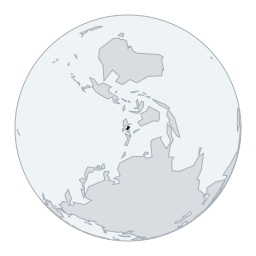 Negros Oriental on an orthographic globe, rotated 197°
{"feature_id": "PHL-2516", "entity_name": "Negros Oriental", "entity_type": "Province", "adm_level": 1, "iso_a3": "PHL", "parent_name": "Philippines", "parent_adm1": "", "projection": "orthographic", "projection_center": [123.114, 9.74], "detail": "fine", "context": "on_globe", "style": "filled", "palette": "ink", "viewbox_px": 256, "rotation_deg": 197, "n_neighbors": 0, "source": "natural_earth", "source_scale": "10m", "svg_char_len": 8562}
<svg xmlns="http://www.w3.org/2000/svg" viewBox="0 0 256 256"><g transform="rotate(197 128 128)"><circle cx="128" cy="128" r="113" fill="#eef3f6" stroke="#a8b0b8"/><path d="M218.7,168.7L218.5,169.5L218.4,169.6L218.7,168.7ZM188.6,33.0L186.0,31.5L182.8,31.0L185.5,33.5L182.0,31.2L189.7,38.1L190.4,41.1L187.3,36.2L185.2,34.7L184.5,35.7L182.3,34.4L180.6,34.3L177.9,32.8L176.3,30.4L174.6,29.5L174.2,30.4L171.3,29.7L172.1,28.5L167.1,27.2L163.5,23.8L167.9,23.2L163.6,21.3L163.1,21.0L171.9,24.3L180.4,28.3L188.6,33.0ZM233.3,94.8L232.4,92.3L233.2,93.4L233.3,94.8ZM231.6,91.2L232.0,91.9L231.7,91.4L231.6,91.2ZM231.3,91.0L231.5,91.1L231.4,91.3L231.3,91.0ZM230.9,91.1L231.1,90.9L231.1,91.1L230.9,91.1ZM230.0,90.5L229.7,90.2L229.8,89.8L230.0,90.5ZM188.0,35.8L188.1,35.2L188.8,36.3L188.0,35.8ZM180.8,34.6L181.5,35.3L180.4,35.0L180.8,34.6ZM175.2,32.4L173.2,31.9L175.0,32.0L175.2,32.4ZM171.8,31.4L166.8,30.6L167.9,31.8L161.9,28.1L168.1,29.8L170.2,29.6L170.2,30.5L171.8,31.4ZM159.5,19.8L155.5,18.8L154.9,18.6L159.5,19.8ZM159.3,26.4L157.9,26.0L159.1,26.0L159.3,26.4ZM161.7,20.6L160.7,20.4L157.1,19.4L156.3,19.2L155.4,18.7L161.7,20.6ZM152.9,18.2L151.6,17.9L153.1,18.3L150.5,17.7L150.3,17.6L149.3,17.4L148.5,17.3L149.3,17.4L152.9,18.2ZM147.1,17.0L146.5,16.9L147.1,17.0ZM148.7,17.5L152.8,18.3L152.7,18.4L148.7,17.5ZM143.0,16.4L142.7,16.3L143.0,16.4ZM146.7,17.0L148.2,17.3L146.7,17.0ZM142.5,16.3L142.1,16.3L143.4,16.4L142.5,16.3ZM144.3,16.6L143.7,16.6L144.0,16.5L144.9,16.7L144.3,16.6ZM146.3,17.0L146.7,17.1L145.7,16.9L146.3,17.0ZM140.8,16.1L140.3,16.1L137.9,15.9L138.1,15.8L140.4,16.0L140.8,16.1ZM32.4,68.4L31.6,69.8L31.4,71.1L37.8,62.5L38.1,60.3L41.7,55.7L44.3,53.8L44.6,56.5L46.0,54.8L48.8,50.0L52.0,47.8L50.2,48.2L48.6,50.1L47.5,50.6L48.8,48.9L49.9,48.1L50.6,46.8L45.4,51.6L43.3,54.0L43.4,53.7L49.8,46.9L56.9,40.7L64.4,35.0L65.1,34.6L68.6,32.4L67.4,33.2L71.1,31.0L71.9,31.2L74.1,29.3L78.2,27.2L81.0,26.2L82.8,25.3L78.2,27.0L76.1,28.1L73.6,29.4L70.6,31.1L77.9,27.1L85.4,23.7L90.3,22.2L91.8,22.4L85.2,26.5L82.4,27.3L83.3,26.1L78.5,28.9L80.8,27.8L79.9,28.7L83.6,27.4L83.1,28.0L87.5,25.9L87.4,26.5L84.6,27.8L90.0,26.9L90.8,28.0L92.3,27.6L93.6,26.8L93.7,29.1L94.8,28.7L95.2,27.8L97.5,26.4L101.7,25.1L101.5,26.0L100.0,26.6L96.5,29.3L92.4,31.1L92.8,31.3L96.3,30.1L100.5,26.6L103.1,25.7L101.5,27.2L102.3,26.5L103.5,26.3L104.6,27.0L106.5,25.4L120.3,23.4L123.7,25.0L120.7,26.2L130.1,26.9L133.3,29.4L133.6,28.4L138.3,28.5L137.4,27.7L137.9,27.3L149.6,28.2L152.3,29.3L157.7,29.3L157.8,28.9L156.2,28.0L161.9,28.1L167.9,31.8L167.2,32.5L171.5,34.6L169.3,36.0L169.5,38.5L164.7,39.3L165.2,41.4L166.8,42.1L168.8,45.7L167.3,51.7L161.4,43.9L162.3,36.1L161.3,38.8L159.5,37.5L157.8,38.1L157.3,40.3L158.6,41.0L146.9,42.1L141.5,48.1L147.0,48.6L149.6,51.3L148.3,60.4L134.7,71.6L138.0,76.7L137.6,79.7L133.5,81.0L133.9,76.6L130.5,74.5L131.3,72.0L124.8,73.1L125.8,69.6L120.3,72.5L121.4,75.6L126.8,75.6L121.6,80.1L126.0,85.9L125.5,92.3L114.9,102.4L105.6,104.8L104.8,106.8L101.6,104.1L96.6,107.6L101.9,120.2L101.5,123.7L93.7,129.3L93.6,126.7L85.2,119.3L83.0,127.4L89.4,135.1L91.6,143.5L86.4,140.3L84.2,132.9L81.2,130.1L82.5,123.0L80.8,112.1L75.6,113.4L76.5,109.2L73.4,100.0L66.2,101.6L54.4,111.0L52.1,121.7L48.3,125.8L45.6,109.3L47.1,98.9L44.3,99.2L42.9,89.8L35.5,86.8L36.0,84.1L34.3,84.8L33.5,81.4L34.9,77.1L33.7,76.8L30.5,88.4L32.0,88.8L35.3,85.4L34.0,89.4L34.9,93.8L28.4,102.0L19.9,107.1L21.6,99.0L28.6,76.2L29.9,74.1L30.0,73.9L30.3,73.4L28.2,76.7L30.3,72.5L23.8,87.6L21.6,93.9L19.7,107.5L19.3,108.5L19.4,111.6L23.2,110.6L22.7,113.3L19.3,124.6L16.4,139.1L18.3,151.1L20.6,161.0L21.5,164.6L19.1,156.6L17.2,148.5L16.0,140.2L15.4,131.9L15.4,123.6L16.1,115.3L17.3,107.0L19.2,98.9L21.6,91.0L24.7,83.2L28.2,75.7L32.4,68.4ZM42.2,64.5L44.1,66.3L47.9,60.2L48.9,60.5L49.8,58.5L48.1,59.8L51.0,54.5L53.5,53.7L55.6,51.4L55.0,50.8L50.0,53.2L45.9,60.6L43.5,62.4L42.2,64.5ZM131.7,15.4L128.9,15.4L124.5,15.5L125.5,15.5L123.4,15.7L119.6,15.9L121.5,15.7L116.0,16.2L116.5,16.0L115.8,16.1L114.7,16.2L113.3,16.3L122.5,15.5L131.7,15.4ZM138.9,15.9L137.8,15.8L137.5,15.8L135.9,15.7L137.0,15.9L131.6,15.6L129.3,15.5L134.5,15.5L138.9,15.9ZM103.3,18.7L104.8,18.3L105.3,18.2L109.3,17.5L106.9,18.3L103.3,18.7ZM36.5,63.7L35.3,65.0L35.9,63.9L36.2,63.7L36.5,63.7ZM103.9,18.9L105.6,18.5L104.6,18.9L103.9,18.9ZM109.5,17.9L108.6,18.3L109.8,17.7L109.5,17.9ZM67.6,218.7L70.0,220.1L68.9,219.9L67.6,218.7ZM24.3,162.6L28.9,179.0L27.8,178.2L25.2,172.8L22.0,162.6L22.5,160.6L22.1,156.3L24.3,162.6ZM120.0,165.2L123.5,166.0L123.4,166.5L120.0,165.2ZM116.3,163.1L120.3,163.6L115.7,164.1L116.3,163.1ZM121.8,163.8L125.8,163.2L127.6,162.5L127.3,163.5L121.8,163.8ZM113.6,162.9L99.4,161.3L93.9,159.3L95.1,157.5L104.1,159.0L113.6,162.9ZM94.7,157.4L86.4,151.1L75.7,134.2L79.5,135.0L90.8,145.8L90.1,147.3L95.1,152.1L94.7,157.4ZM115.1,149.8L114.4,154.6L106.5,153.4L102.9,152.2L100.4,145.7L101.8,142.6L104.7,143.0L116.3,133.4L120.3,136.5L116.6,140.7L119.9,145.3L115.1,149.8ZM52.4,122.8L53.9,129.7L51.9,130.4L52.4,122.8ZM121.4,126.4L116.5,130.6L121.1,124.8L121.4,126.4ZM124.3,120.7L124.4,123.1L122.7,120.7L124.3,120.7ZM104.4,110.1L101.3,110.3L101.4,108.6L105.4,107.4L104.4,110.1ZM125.1,97.8L124.5,102.6L123.7,104.1L122.6,101.1L125.1,97.8ZM106.1,22.8L100.5,23.3L96.4,24.4L94.1,25.8L95.0,24.3L101.2,22.6L106.1,22.8ZM118.5,23.1L120.5,22.2L121.3,22.7L120.9,23.0L118.5,23.1ZM118.6,22.5L118.0,21.3L120.2,20.9L120.2,21.9L118.6,22.5ZM110.7,19.4L109.1,19.5L110.0,19.1L110.7,19.4ZM192.2,210.2L193.4,210.9L190.2,213.8L185.8,216.7L181.7,217.7L192.2,210.2ZM159.8,217.2L159.5,213.8L164.2,213.7L162.4,216.6L159.8,217.2ZM195.3,207.9L198.1,204.8L199.0,200.9L198.9,204.4L201.4,204.4L194.4,210.6L195.3,207.9ZM141.7,202.1L119.8,207.3L114.9,206.0L115.9,203.2L110.8,193.7L112.4,194.1L111.0,187.8L123.8,183.3L132.9,173.7L140.3,175.0L145.8,167.9L153.5,169.0L151.3,174.7L159.6,179.1L164.8,166.2L170.1,180.6L176.3,185.9L178.4,194.8L168.4,209.0L162.5,211.5L161.2,210.1L158.7,211.5L154.7,210.7L152.2,205.9L149.8,207.2L152.0,203.8L148.6,206.7L146.4,203.6L141.7,202.1ZM197.3,179.7L198.5,180.1L200.5,182.6L198.5,182.1L197.3,179.7ZM215.6,171.7L216.1,172.9L214.9,173.2L215.6,171.7ZM218.4,169.6L216.9,170.1L218.7,168.7L218.4,169.6ZM203.4,171.6L204.0,172.5L203.5,172.8L203.4,171.6ZM202.9,171.3L203.6,169.9L203.5,171.3L202.9,171.3ZM197.0,163.5L197.7,162.8L198.1,163.3L197.0,163.5ZM128.7,166.5L133.5,163.1L136.2,163.0L128.7,166.5ZM195.9,161.9L194.1,161.7L194.3,160.9L195.9,161.9ZM196.0,160.1L195.8,159.0L197.0,161.6L196.0,160.1ZM192.5,157.6L194.7,159.6L192.2,157.8L192.5,157.6ZM191.2,157.8L189.5,156.9L189.6,156.6L191.2,157.8ZM173.2,158.3L179.3,165.0L174.5,164.6L169.2,160.3L165.1,163.7L155.9,162.5L158.0,160.4L156.7,156.8L147.3,154.7L145.4,152.3L148.7,151.0L142.5,148.7L149.2,148.2L152.0,153.1L155.9,149.8L162.6,151.2L169.1,153.2L174.5,157.0L173.2,158.3ZM149.4,158.5L150.5,158.6L149.5,159.9L149.4,158.5ZM186.5,154.1L188.8,156.5L188.5,157.1L187.4,156.7L186.5,154.1ZM175.7,156.3L181.5,152.8L182.8,152.9L179.0,157.1L175.7,156.3ZM180.0,150.2L182.7,150.9L184.2,153.2L183.6,153.7L180.0,150.2ZM135.6,153.0L135.4,154.3L133.6,153.2L135.6,153.0ZM137.8,152.5L143.1,154.3L137.4,153.5L137.8,152.5ZM122.2,146.6L123.7,149.8L128.4,148.2L124.8,150.7L128.1,156.1L127.1,157.9L123.8,152.1L122.8,157.6L120.7,157.3L119.5,152.4L121.5,146.7L123.6,144.5L132.2,144.3L122.2,146.6ZM137.8,148.7L136.4,145.0L137.5,142.8L138.9,144.8L137.8,148.7ZM132.5,136.2L129.0,131.7L125.7,133.0L132.5,127.9L134.7,133.0L132.5,136.2ZM129.7,126.9L126.6,128.1L129.9,125.1L129.7,126.9ZM125.9,126.6L125.6,123.8L128.0,124.4L125.9,126.6ZM131.3,127.2L132.1,122.5L133.1,125.4L131.3,127.2ZM124.9,117.4L129.8,122.5L123.3,119.9L123.5,110.8L126.4,110.9L124.9,117.4ZM144.3,83.8L143.9,81.4L146.6,81.1L146.1,82.9L144.3,83.8ZM155.1,79.0L147.2,80.3L140.8,81.8L142.6,83.1L140.7,87.0L138.3,82.9L143.2,79.0L147.9,78.6L149.1,75.5L152.9,73.7L152.7,69.7L154.5,68.2L156.1,71.8L155.1,79.0ZM152.4,68.0L153.5,61.4L158.4,63.0L159.3,64.7L156.7,67.0L154.3,66.0L152.4,68.0ZM155.2,60.3L152.8,59.4L149.4,49.8L150.0,48.2L155.1,55.9L153.2,55.5L153.2,57.7L155.2,60.3ZM158.1,26.5L157.9,26.0L159.0,26.6L158.1,26.5ZM137.3,26.8L138.2,26.4L139.4,26.9L137.3,26.8ZM141.3,25.4L139.3,25.2L141.4,25.1L141.3,25.4ZM134.8,24.8L138.5,24.9L134.9,25.3L134.8,24.8Z" fill="#d9dde1" stroke="#a8b0b8" stroke-width="1"/><path d="M128.5,126.7L128.4,126.8L128.4,127.0L128.4,127.3L128.2,127.5L128.1,128.1L128.1,128.3L128.2,128.5L128.3,128.6L128.4,128.8L128.4,129.0L128.2,129.2L128.1,129.3L127.9,129.4L127.7,129.3L127.7,129.2L127.6,128.9L127.4,128.7L127.2,128.7L127.8,127.6L128.1,127.0L128.1,126.9L128.1,126.7L128.3,126.6L128.5,126.7L128.5,126.7Z" fill="#0f172a" stroke="#020617" stroke-width="1.5"/></g></svg>